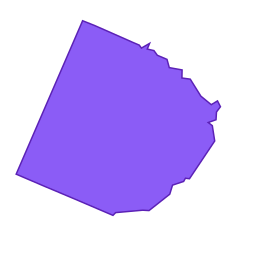 Franklin, Tennessee, United States of America (Natural Earth projection), rotated 113°
{"feature_id": "52423323B14887916577192", "entity_name": "Franklin", "entity_type": "district", "adm_level": 2, "iso_a3": "USA", "parent_name": "United States of America", "parent_adm1": "Tennessee", "projection": "natural_earth1", "projection_center": [-86.154, 35.175], "detail": "fine", "context": "isolated", "style": "filled", "palette": "violet", "viewbox_px": 256, "rotation_deg": 113, "n_neighbors": 0, "source": "geoboundaries", "source_scale": "gbopen_adm2", "svg_char_len": 585}
<svg xmlns="http://www.w3.org/2000/svg" viewBox="0 0 256 256"><g transform="rotate(113 128 128)"><path d="M195.8,76.4L172.6,63.7L163.2,64.7L155.4,55.9L151.8,55.5L150.7,51.6L106.1,43.1L92.9,51.3L91.6,56.3L86.0,50.2L78.7,52.8L72.3,51.2L68.1,56.2L74.0,60.5L70.2,73.4L58.7,89.8L60.9,97.9L53.4,100.9L56.3,113.6L49.6,118.9L49.6,129.4L46.6,134.4L47.8,141.1L41.7,141.2L49.2,146.9L47.3,150.0L47.3,157.3L46.7,199.0L47.0,211.7L49.8,211.7L141.5,212.4L214.2,212.9L214.3,181.1L214.2,152.9L214.3,107.7L210.7,106.3L197.9,82.3L195.8,76.4Z" fill="#8b5cf6" stroke="#5b21b6" stroke-width="1.5"/></g></svg>